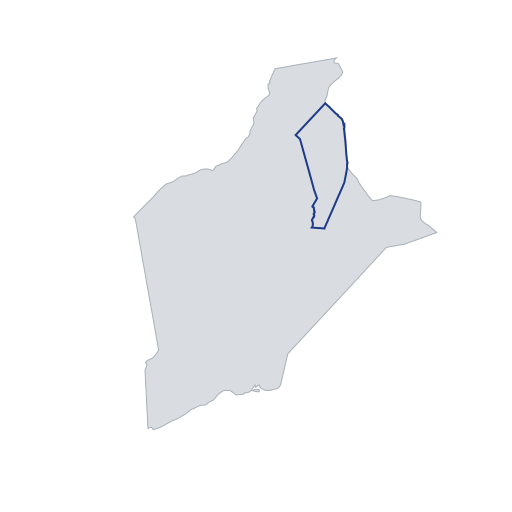 location of North Horr, Eastern, Kenya, rotated 43°
{"feature_id": "3690345B4448118045148", "entity_name": "North Horr", "entity_type": "district", "adm_level": 2, "iso_a3": "KEN", "parent_name": "Kenya", "parent_adm1": "Eastern", "projection": "equal_earth", "projection_center": [38.048, 3.18], "detail": "fine", "context": "in_parent", "style": "outline", "palette": "blue", "viewbox_px": 512, "rotation_deg": 43, "n_neighbors": 0, "source": "geoboundaries", "source_scale": "gbopen_adm2", "svg_char_len": 6164}
<svg xmlns="http://www.w3.org/2000/svg" viewBox="0 0 512 512"><g transform="rotate(43 256 256)"><path d="M139.9,311.0L139.8,304.3L140.5,287.3L140.4,272.3L141.1,264.8L143.8,260.1L145.1,256.7L146.0,251.8L147.4,247.9L150.6,244.7L151.2,243.0L154.7,237.6L156.7,230.8L158.3,228.4L160.2,226.3L161.6,225.2L163.9,224.0L165.7,223.4L166.0,222.8L166.1,221.7L165.5,217.5L166.3,216.1L167.5,213.2L168.9,210.6L170.1,208.9L170.8,207.2L171.2,204.2L171.2,202.1L171.2,198.6L170.8,190.7L169.4,184.2L168.5,176.8L169.1,174.4L168.0,170.1L167.4,169.8L166.5,168.9L165.3,164.8L164.4,161.1L163.8,160.2L159.9,156.9L158.0,149.3L155.8,147.6L154.7,140.0L154.4,137.8L155.7,130.2L155.6,128.5L154.3,126.9L150.6,125.2L147.6,122.1L148.0,121.0L148.2,119.9L146.7,119.1L142.2,106.1L148.0,98.4L153.9,90.5L161.5,80.5L168.5,71.3L174.5,63.4L179.8,56.3L179.7,57.7L179.7,59.5L180.4,60.6L181.5,61.3L183.0,60.5L184.3,59.4L185.6,59.2L193.7,62.1L195.0,64.7L194.9,67.5L195.3,69.5L194.7,71.5L194.0,77.5L194.2,83.1L196.6,87.2L198.7,90.5L200.4,95.0L201.7,96.4L203.4,97.2L208.9,97.3L217.1,97.6L225.0,97.9L225.7,98.0L227.4,98.7L234.6,104.8L241.2,110.4L246.9,115.3L252.3,120.1L257.6,124.7L261.7,128.5L265.8,129.7L272.3,130.3L276.9,130.4L281.1,132.1L287.4,133.6L292.0,134.3L294.9,135.2L302.7,136.1L304.0,135.6L307.4,131.3L311.3,124.4L312.8,120.6L317.8,116.8L326.6,111.5L332.8,107.8L339.6,104.1L342.8,107.3L347.1,112.5L349.0,115.1L350.6,116.2L352.9,117.0L355.8,117.0L357.3,116.9L360.5,116.2L367.9,115.6L372.2,115.6L368.6,122.5L364.4,130.8L356.5,146.1L350.5,154.1L345.9,160.2L345.5,161.2L345.5,168.0L345.6,184.5L345.7,217.6L345.8,250.7L345.9,283.7L345.9,300.3L346.0,305.8L349.9,312.8L353.8,319.5L359.0,328.5L361.8,333.3L362.2,335.0L362.1,338.2L357.8,344.9L354.3,348.0L349.7,349.4L348.3,349.2L346.4,348.2L345.7,349.8L345.2,352.3L344.1,351.8L343.3,351.1L343.8,355.5L344.3,357.7L343.6,360.7L341.3,363.3L341.1,365.5L336.2,371.3L329.2,371.9L325.5,374.8L323.9,377.1L322.7,382.3L323.1,390.1L321.1,396.1L320.8,399.2L317.2,403.1L315.6,406.7L314.4,410.4L313.4,412.0L312.1,420.2L310.5,425.1L310.0,426.8L309.6,428.3L308.3,431.2L307.4,433.2L306.8,434.5L302.6,447.3L299.3,453.1L296.6,452.4L294.9,454.6L294.7,455.7L293.8,455.1L291.6,453.0L287.2,448.6L282.7,444.3L278.3,440.0L273.8,435.7L269.3,431.3L264.9,427.0L260.4,422.7L255.9,418.3L253.3,415.8L252.2,414.3L251.2,411.3L250.8,410.5L249.6,409.6L248.2,409.4L247.8,408.8L247.8,407.4L248.3,405.3L249.9,401.3L250.1,399.0L249.8,396.3L249.3,392.1L248.8,391.1L245.9,388.9L239.7,384.2L233.5,379.6L227.3,374.9L221.1,370.2L214.9,365.6L208.6,360.9L202.4,356.2L196.2,351.6L190.0,346.9L183.8,342.2L177.6,337.6L171.4,332.9L165.2,328.2L159.0,323.6L152.8,318.9L146.6,314.2L144.2,312.5L142.1,311.0L139.9,311.0ZM346.4,356.3L345.3,356.7L345.9,354.4L349.1,351.6L350.4,352.2L350.6,352.9L350.5,353.5L350.0,354.1L346.4,356.3Z" fill="#d9dde1" stroke="#a8b0b8" stroke-width="1"/><path d="M286.6,187.4L286.4,187.0L286.3,186.6L286.0,185.9L285.1,183.3L285.0,182.8L284.8,182.3L284.4,181.3L284.2,180.7L283.7,179.4L283.5,178.8L283.0,177.4L280.7,170.7L280.1,169.0L277.9,162.9L275.1,155.1L274.8,154.0L274.6,153.5L273.9,151.5L273.7,151.0L272.8,148.4L270.8,142.8L270.6,142.3L270.4,141.9L268.9,139.4L263.0,130.1L262.7,129.8L262.5,129.4L261.9,128.8L261.7,128.5L261.3,128.1L260.9,127.8L260.8,127.6L260.6,127.5L260.5,127.4L260.4,127.1L260.2,127.0L260.1,126.9L260.0,126.7L259.9,126.5L259.8,126.3L259.7,126.2L259.7,125.9L259.4,125.4L259.2,125.2L259.0,125.3L258.2,124.7L257.8,124.4L257.3,124.0L256.8,123.7L256.6,123.4L256.4,123.2L255.8,122.7L255.4,122.3L254.8,121.8L254.5,121.5L253.6,120.8L253.4,120.6L253.0,120.2L252.5,119.8L252.1,119.4L251.1,118.5L250.7,118.2L250.2,117.7L249.9,117.4L249.3,116.9L249.0,116.6L248.5,116.1L248.2,115.8L247.2,114.9L246.3,114.0L244.7,112.5L244.5,112.3L243.3,111.3L242.9,110.8L242.6,110.6L242.4,110.4L241.9,110.1L241.6,109.7L240.0,108.4L239.5,107.9L239.3,107.8L238.8,107.3L237.9,106.5L237.7,106.4L237.3,106.0L237.1,105.8L236.7,105.5L236.3,105.1L235.9,104.8L234.7,103.8L234.5,103.6L234.1,103.2L234.0,103.3L233.9,103.2L233.6,103.0L233.4,102.8L233.4,102.7L233.0,101.8L232.9,101.7L232.8,101.4L232.7,101.3L232.5,101.2L232.4,101.1L232.2,101.1L231.8,100.8L231.7,100.6L231.7,100.4L231.5,100.1L231.4,100.1L231.0,99.7L231.0,99.8L230.9,99.9L230.7,100.2L230.4,99.9L230.2,99.9L230.0,99.7L229.8,99.4L229.7,99.4L229.4,99.2L228.9,99.2L227.5,98.1L226.6,97.9L225.6,97.2L224.7,97.2L223.8,97.3L221.9,97.4L221.4,97.4L220.8,97.5L220.3,97.5L220.3,97.4L219.8,97.0L219.2,97.0L216.9,97.4L216.1,97.3L214.9,97.3L214.5,97.3L213.2,97.2L212.7,97.2L212.2,97.2L210.7,97.2L208.7,97.1L208.2,96.9L207.8,97.1L202.5,97.1L202.5,103.9L202.5,112.6L202.5,140.5L208.5,140.5L243.8,162.1L253.3,168.0L256.4,169.6L257.5,170.2L260.4,171.7L261.1,172.1L261.4,172.2L262.1,175.4L263.4,181.3L263.6,181.4L263.8,181.5L264.0,181.4L264.3,181.3L264.5,181.3L264.5,181.2L264.8,181.1L265.0,181.0L265.3,181.2L265.3,181.3L265.5,181.5L265.9,181.6L266.0,181.7L266.2,182.0L266.3,182.1L266.5,182.3L266.8,182.5L267.0,182.6L267.1,182.8L267.2,183.0L267.3,183.1L267.5,183.1L267.8,183.1L268.0,183.2L268.0,183.3L268.3,183.4L268.3,183.5L268.5,183.7L268.5,183.8L268.8,183.9L268.8,184.0L269.0,184.1L269.0,184.3L269.0,184.5L269.2,184.8L269.3,184.8L269.3,185.0L269.3,185.4L269.3,185.6L269.4,185.8L269.5,185.8L269.8,185.9L270.0,185.9L270.1,186.0L270.2,186.3L270.3,186.3L270.4,186.5L270.5,186.6L270.8,186.7L271.0,186.7L271.1,186.8L271.2,187.1L271.3,187.2L271.3,187.3L271.4,187.5L271.4,187.8L271.5,187.8L271.7,188.0L271.8,188.0L271.8,188.3L271.7,188.3L271.7,188.6L271.7,188.8L271.7,189.0L271.7,189.3L271.8,189.4L271.8,189.5L271.9,189.8L272.0,190.0L272.1,190.3L272.1,190.5L272.1,190.8L272.1,191.0L272.3,191.3L272.4,191.5L272.5,191.5L272.7,191.8L272.8,191.8L273.0,191.9L273.1,192.0L273.7,192.3L273.9,192.4L274.4,192.6L274.8,192.9L275.0,193.1L275.4,193.5L275.7,193.7L275.9,194.0L276.1,194.2L276.3,194.4L276.4,194.6L276.5,194.8L276.7,195.0L276.8,195.3L276.9,195.5L277.0,195.7L277.2,196.0L277.3,196.3L277.5,196.7L277.5,197.0L279.1,195.8L279.3,195.6L280.1,195.0L282.0,193.5L282.2,193.4L282.4,193.2L282.7,192.9L283.5,192.2L285.2,190.9L286.9,189.5L287.2,189.3L287.1,189.2L286.9,188.7L286.9,188.4L286.8,188.2L286.7,187.7L286.6,187.4Z" fill="none" stroke="#1e3a8a" stroke-width="2"/></g></svg>